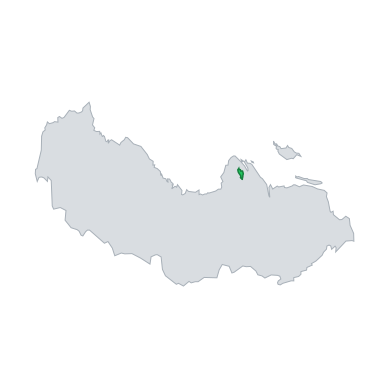 Sigtuna, Stockholm, Sweden (highlighted), rotated 258°
{"feature_id": "70781695B39328954210913", "entity_name": "Sigtuna", "entity_type": "district", "adm_level": 2, "iso_a3": "SWE", "parent_name": "Sweden", "parent_adm1": "Stockholm", "projection": "robinson", "projection_center": [17.908, 59.666], "detail": "fine", "context": "in_parent", "style": "filled", "palette": "green", "viewbox_px": 384, "rotation_deg": 258, "n_neighbors": 0, "source": "geoboundaries", "source_scale": "gbopen_adm2", "svg_char_len": 4788}
<svg xmlns="http://www.w3.org/2000/svg" viewBox="0 0 384 384"><g transform="rotate(258 192 192)"><path d="M87.1,257.9L88.4,260.8L91.4,260.4L92.7,258.3L94.4,252.2L92.7,245.4L95.4,243.0L97.3,239.2L101.4,238.1L107.0,233.8L107.7,229.4L109.1,226.3L104.8,216.6L104.5,214.2L111.6,212.9L114.8,206.5L110.2,202.4L102.9,198.5L105.9,186.1L103.0,179.4L103.6,176.6L103.3,172.3L105.2,170.5L101.8,164.1L105.5,159.8L105.0,157.5L115.6,148.6L122.4,147.0L134.9,148.3L138.0,144.9L138.1,143.0L137.1,138.5L130.2,135.9L138.0,128.0L144.2,120.5L145.5,113.3L147.0,110.2L145.7,103.2L153.7,102.4L161.0,99.5L160.1,95.7L176.0,83.9L176.5,81.8L175.3,79.7L171.7,76.1L172.8,74.5L177.0,73.5L179.0,71.9L182.2,66.3L190.8,62.0L200.1,64.9L204.2,59.9L204.0,53.1L207.4,52.4L232.5,56.7L236.7,54.2L232.4,52.8L236.6,50.1L237.8,48.4L238.2,46.4L238.0,45.3L234.5,42.8L242.4,42.5L246.7,43.7L247.1,45.2L264.3,53.3L277.8,56.5L281.8,58.7L283.2,61.3L285.4,61.4L288.0,63.8L290.6,65.1L288.5,66.7L288.7,70.5L289.4,72.2L288.2,75.4L292.7,76.2L293.4,78.1L291.1,80.1L291.5,82.3L297.4,89.0L296.0,91.1L295.7,93.9L293.1,95.9L292.8,97.9L293.3,100.6L294.2,101.9L296.8,102.8L301.2,110.0L296.9,110.4L293.6,109.5L286.0,110.4L284.2,111.4L278.3,108.6L275.0,110.2L272.7,108.8L271.0,111.1L270.5,114.3L267.8,114.0L268.8,115.2L265.2,115.7L264.9,116.2L265.7,117.0L264.6,117.9L259.5,118.3L258.8,119.3L260.3,120.5L260.3,121.3L257.0,120.2L259.3,122.5L259.8,124.2L252.9,131.0L255.2,132.8L257.2,136.7L259.3,138.5L258.5,140.3L251.2,144.8L247.2,151.5L238.0,156.0L233.2,157.2L230.1,160.4L226.4,159.4L226.3,161.2L224.0,160.1L222.1,162.9L218.7,165.3L215.1,164.9L214.7,165.3L215.8,166.0L211.6,166.6L210.4,169.1L207.3,169.8L206.7,170.6L209.9,170.8L209.3,172.8L205.7,173.8L204.4,175.1L202.8,175.1L203.1,174.1L200.7,174.1L200.0,173.0L199.5,173.3L201.1,176.6L199.9,178.0L202.2,179.3L195.6,182.5L191.7,181.3L191.1,182.3L192.0,185.1L195.4,187.3L193.3,188.7L191.0,195.3L192.5,199.3L188.0,198.4L188.3,199.9L186.9,201.7L187.4,204.2L187.0,205.9L188.0,207.4L187.4,208.2L188.0,215.3L189.3,218.4L188.8,220.8L190.6,222.1L194.6,222.4L195.8,224.4L200.8,223.2L204.4,227.2L211.1,230.6L210.8,232.8L215.1,234.4L217.6,237.4L218.6,240.0L218.3,241.6L211.6,246.0L206.4,248.9L201.0,250.6L201.2,251.3L203.9,251.6L210.4,249.5L212.3,251.4L208.7,252.2L208.0,254.7L206.5,256.3L192.2,262.0L190.3,263.7L183.8,266.6L172.3,266.4L170.6,267.0L180.5,268.2L182.9,270.3L178.1,271.6L180.1,276.6L178.9,277.8L178.8,283.3L177.1,283.4L176.3,285.7L177.1,291.2L177.9,292.7L177.6,294.3L174.8,298.1L175.7,302.5L172.4,310.7L168.9,315.4L166.1,321.7L163.0,323.9L159.5,322.5L154.1,323.3L144.4,323.1L143.2,323.7L143.9,326.0L140.4,325.6L134.2,330.5L133.9,332.9L136.3,337.4L133.2,340.4L126.6,339.7L117.9,341.5L110.2,340.1L111.2,338.5L112.0,332.4L103.5,320.1L107.6,321.4L109.3,320.7L106.9,316.7L110.5,316.5L111.6,315.0L111.1,312.7L108.2,311.7L105.7,308.1L103.1,306.2L98.7,298.9L97.1,293.9L95.5,294.4L94.3,288.7L91.8,287.8L91.5,282.0L88.8,281.4L87.2,278.7L87.1,273.7L83.9,273.1L84.5,270.6L83.8,261.8L82.8,259.0L83.8,257.0L85.5,256.8L87.1,257.9ZM220.5,285.1L219.0,285.7L218.2,287.3L215.9,288.1L215.5,293.1L217.6,295.1L215.4,295.9L213.9,298.6L210.0,300.4L208.4,302.1L207.6,304.6L204.2,305.9L206.7,302.2L203.5,297.9L204.3,296.4L204.0,291.5L211.0,285.3L214.2,284.5L215.7,285.2L216.3,283.7L217.4,283.3L220.5,285.1ZM175.5,320.1L173.8,321.2L173.3,319.7L173.5,313.8L177.4,306.9L179.2,306.3L184.0,296.9L184.5,296.3L186.1,296.8L184.9,297.7L185.0,299.4L181.9,304.4L181.1,307.7L180.0,308.5L175.5,320.1ZM221.8,283.2L221.5,284.6L219.8,283.4L221.5,281.8L224.9,282.3L221.8,283.2ZM213.6,246.7L211.4,248.9L211.0,247.9L211.5,246.9L213.6,246.7ZM208.8,258.1L207.7,258.3L208.5,256.8L210.0,256.4L208.8,258.1Z" fill="#d9dde1" stroke="#a8b0b8" stroke-width="1"/><path d="M195.8,242.5L195.3,242.8L195.3,243.2L194.3,243.4L194.3,243.6L194.1,243.9L194.4,244.0L194.5,244.0L194.8,244.1L195.0,244.2L195.2,244.3L195.4,244.4L195.6,244.4L195.7,244.5L195.8,244.6L196.1,244.7L196.3,244.8L196.6,244.9L196.9,245.0L197.1,245.1L197.3,245.1L197.6,245.2L197.8,245.2L197.9,245.3L198.1,245.4L198.2,245.5L198.3,245.6L198.5,245.7L198.9,245.7L199.0,245.7L199.1,245.8L199.3,245.9L199.5,246.0L199.8,246.0L200.1,245.9L200.4,245.9L200.6,245.9L200.8,245.9L201.1,245.9L201.3,245.8L201.7,245.8L201.8,245.7L202.0,245.7L202.0,245.4L202.1,245.2L202.2,244.8L202.2,244.6L202.2,244.2L202.3,244.0L202.5,244.0L202.9,244.1L203.0,244.0L203.4,244.0L203.5,244.0L203.8,243.9L203.9,243.5L204.1,243.3L204.3,243.1L204.5,243.0L204.6,242.9L204.7,242.7L204.8,242.7L205.0,242.7L205.3,242.7L204.7,242.2L204.5,241.9L204.5,241.6L203.8,241.4L203.4,241.4L203.2,241.4L202.8,241.4L202.5,241.4L201.9,241.4L201.1,241.7L200.2,241.9L199.6,242.3L198.9,242.5L198.5,242.7L197.8,243.0L196.7,242.9L196.6,242.7L196.3,242.6L196.2,242.6L196.0,242.4L195.8,242.5Z" fill="#22c55e" stroke="#15803d" stroke-width="1.5"/></g></svg>